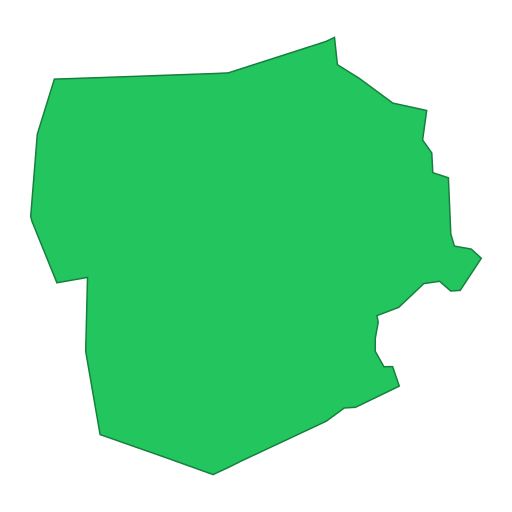 Luzerne, Pennsylvania, United States of America (Albers equal-area conic projection)
{"feature_id": "52423323B94155406981668", "entity_name": "Luzerne", "entity_type": "district", "adm_level": 2, "iso_a3": "USA", "parent_name": "United States of America", "parent_adm1": "Pennsylvania", "projection": "albers", "projection_center": [-75.889, 41.165], "detail": "fine", "context": "isolated", "style": "filled", "palette": "green", "viewbox_px": 512, "rotation_deg": 0, "n_neighbors": 0, "source": "geoboundaries", "source_scale": "gbopen_adm2", "svg_char_len": 678}
<svg xmlns="http://www.w3.org/2000/svg" viewBox="0 0 512 512"><path d="M37.3,134.2L30.7,216.5L32.0,221.4L56.9,282.8L87.5,277.4L85.7,351.4L100.1,434.6L164.9,457.3L213.1,474.6L232.4,465.5L239.6,461.8L271.4,446.9L326.4,421.1L344.2,408.0L355.5,407.3L399.3,386.1L392.6,366.6L383.9,366.7L375.2,351.2L375.3,338.3L378.2,322.3L377.0,315.6L398.8,307.3L423.8,283.6L439.6,281.3L450.7,291.0L460.2,290.4L481.3,258.3L471.3,249.1L454.4,246.1L450.8,233.9L448.4,177.8L432.8,172.7L431.8,153.0L422.6,140.0L426.7,110.5L392.8,103.1L359.2,78.3L337.4,64.7L334.5,37.4L326.1,41.4L309.7,46.7L228.1,72.9L215.3,73.5L73.4,78.5L54.4,79.1L37.3,134.2Z" fill="#22c55e" stroke="#15803d" stroke-width="1.5"/></svg>